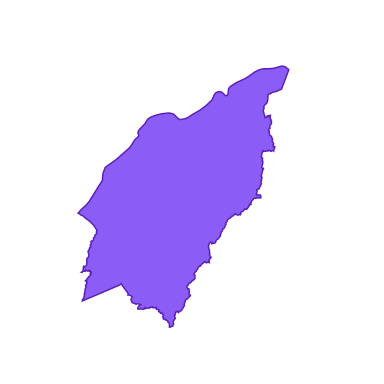 Unguía, Chocó, Colombia, rotated 226°
{"feature_id": "7082276B20687876454915", "entity_name": "Unguía", "entity_type": "district", "adm_level": 2, "iso_a3": "COL", "parent_name": "Colombia", "parent_adm1": "Chocó", "projection": "equal_earth", "projection_center": [-77.198, 8.098], "detail": "fine", "context": "isolated", "style": "filled", "palette": "violet", "viewbox_px": 384, "rotation_deg": 226, "n_neighbors": 0, "source": "geoboundaries", "source_scale": "gbopen_adm2", "svg_char_len": 5993}
<svg xmlns="http://www.w3.org/2000/svg" viewBox="0 0 384 384"><g transform="rotate(226 192 192)"><path d="M212.7,346.6L217.7,345.9L220.2,344.1L224.4,336.4L227.8,332.3L231.0,329.0L232.5,326.5L233.8,323.6L234.8,320.2L235.8,313.3L236.8,308.7L239.9,299.8L241.2,293.4L241.2,291.7L240.8,290.0L237.3,285.7L237.0,285.1L237.1,284.2L237.7,283.4L238.6,283.0L242.9,282.8L244.5,282.1L246.0,280.4L246.8,278.2L246.6,275.8L244.6,271.2L244.3,269.9L244.4,261.6L245.4,254.1L247.3,246.8L248.4,240.9L249.4,238.2L251.9,234.3L253.2,233.3L254.4,233.0L260.6,232.9L262.5,232.0L265.2,229.9L269.3,224.6L272.2,219.6L274.7,213.9L275.1,210.8L274.8,208.9L273.9,206.1L273.4,197.1L273.1,195.8L272.1,194.1L269.8,193.1L269.3,192.5L269.2,191.6L269.3,187.0L267.6,180.3L267.2,177.0L268.0,160.0L270.0,146.5L269.4,145.9L268.3,143.0L267.2,140.9L262.6,135.5L262.2,134.5L261.1,129.0L256.8,112.4L256.1,107.4L256.3,100.1L255.9,95.4L255.4,95.7L252.4,96.1L250.7,97.0L247.4,97.2L242.0,98.1L236.4,98.2L230.3,97.0L230.1,96.0L229.3,95.6L229.1,94.9L228.4,94.6L228.2,93.4L228.5,92.8L227.3,90.5L227.4,89.2L226.4,88.3L225.7,87.0L225.9,86.1L226.6,85.7L226.7,85.0L224.6,83.5L224.7,82.5L224.2,81.7L222.9,81.5L223.0,79.6L222.4,78.5L221.8,78.2L221.8,76.9L221.5,76.0L219.1,74.5L217.1,72.7L217.2,71.6L217.0,69.8L214.2,67.3L212.7,65.3L212.5,64.3L212.8,62.6L213.2,62.3L213.8,62.6L213.9,62.3L211.0,58.9L210.8,58.3L211.1,56.8L210.5,57.2L210.7,58.2L210.4,59.0L209.4,60.0L209.7,61.1L209.1,60.8L208.6,61.7L207.7,61.9L207.4,62.7L206.8,63.4L206.4,63.0L206.1,63.2L206.1,63.9L204.9,63.2L204.5,63.9L204.2,63.8L203.9,63.3L203.8,62.0L203.6,61.7L203.4,62.0L203.3,62.9L202.6,61.2L202.5,60.2L202.8,59.4L202.8,58.5L202.4,58.0L202.6,57.5L202.1,54.7L202.3,53.7L201.9,53.6L201.2,54.4L200.0,53.8L199.8,52.9L199.2,52.8L198.6,50.3L198.0,50.4L197.3,49.9L196.8,48.5L195.4,46.5L194.9,46.2L194.3,44.8L193.5,44.4L193.4,43.4L192.2,42.8L191.8,42.1L191.5,41.3L190.9,40.8L190.9,39.6L190.2,37.8L189.8,37.4L175.5,75.0L175.2,77.5L172.7,76.8L164.0,75.7L162.8,75.2L162.5,74.3L160.9,75.6L158.3,76.4L157.8,75.7L157.4,73.9L157.0,73.3L153.9,72.1L151.2,73.6L150.4,73.6L149.1,75.5L146.7,77.0L146.4,76.6L146.9,75.3L146.8,73.7L146.4,72.6L145.5,71.8L144.5,72.5L143.8,73.7L141.5,75.5L141.3,76.5L141.5,77.7L140.6,77.2L140.3,78.1L138.8,80.3L138.1,80.5L137.9,81.2L138.0,82.1L137.3,82.7L136.9,83.7L136.5,83.8L136.4,83.3L136.0,83.4L134.0,85.3L133.8,86.1L132.3,84.9L131.8,85.7L129.9,86.3L129.2,84.9L127.5,85.5L126.6,85.1L126.0,86.3L125.2,86.5L124.4,85.8L123.2,86.0L122.5,84.9L122.5,84.1L121.7,84.1L120.6,83.2L119.6,83.9L119.1,83.9L118.7,84.5L117.8,84.2L117.3,84.8L116.1,84.9L115.2,84.3L114.0,84.5L112.9,84.1L110.5,81.9L109.9,82.5L109.6,83.1L109.5,84.3L108.9,85.2L109.4,85.5L109.8,87.2L111.4,87.9L111.8,88.5L112.2,89.4L112.7,92.3L114.4,92.8L114.8,93.8L115.4,93.8L115.6,94.4L115.9,94.5L115.8,95.3L116.5,96.0L116.6,96.7L116.8,96.8L116.2,98.7L114.6,98.5L114.8,100.5L114.2,101.2L114.4,101.7L114.2,102.7L114.7,103.7L114.7,104.8L115.4,106.7L115.4,107.3L115.9,108.0L116.7,108.3L117.4,110.1L118.6,111.7L118.8,112.8L118.4,113.6L118.6,114.8L118.4,115.4L118.5,118.8L119.0,119.2L119.5,118.6L121.4,119.5L121.8,120.7L122.7,121.1L124.1,122.4L124.8,122.4L125.4,121.7L127.1,122.1L127.7,123.2L127.7,124.4L128.4,126.9L127.7,128.0L128.0,130.4L127.8,131.0L127.6,133.1L127.8,134.1L128.6,134.6L129.6,136.0L131.4,136.2L131.4,136.9L131.9,137.2L132.2,138.8L132.0,139.7L132.4,140.8L132.8,141.0L132.7,142.8L133.4,143.8L133.5,144.9L133.0,146.3L133.3,146.5L133.1,148.1L133.4,149.5L133.0,150.1L133.2,151.3L132.9,151.9L133.1,152.7L132.7,153.2L131.3,153.0L130.6,154.1L130.4,155.0L129.2,155.4L131.6,157.4L131.3,158.2L131.7,159.0L131.5,159.7L131.7,160.3L134.0,160.6L134.9,161.7L135.7,162.0L136.1,162.7L137.0,163.0L138.1,164.2L140.1,164.9L141.1,166.0L141.8,166.3L142.4,167.9L143.1,168.6L143.0,169.6L143.2,170.7L142.2,171.2L141.3,170.3L140.8,170.3L140.4,171.6L139.6,172.5L139.4,173.7L140.3,175.6L140.4,176.9L140.1,178.1L140.7,182.1L141.5,182.5L142.0,184.2L142.9,185.1L142.9,186.2L143.5,187.9L144.0,188.3L144.0,189.0L143.7,189.4L143.8,190.9L144.7,192.2L145.1,194.0L146.2,194.9L146.6,197.2L147.4,198.6L147.2,200.2L146.7,201.4L146.9,203.5L146.3,204.9L146.4,207.9L145.8,207.7L143.3,209.1L143.0,210.4L142.0,210.9L142.3,212.0L143.0,212.2L143.5,212.9L142.7,216.0L143.1,217.9L142.5,218.9L142.0,218.9L141.6,219.3L141.9,221.7L142.4,222.7L142.3,223.5L142.8,224.0L142.8,224.9L142.4,225.1L142.1,225.9L143.3,226.3L143.4,227.5L144.3,228.9L144.1,230.6L144.4,232.0L144.0,232.9L143.2,233.4L142.9,234.9L142.2,235.0L141.7,236.0L141.1,236.1L140.5,237.0L140.0,237.3L141.0,238.6L142.6,239.0L143.2,238.1L144.5,237.2L144.9,236.4L145.6,236.5L146.8,238.8L147.3,239.0L147.6,239.6L148.5,239.8L148.5,240.5L148.2,241.1L148.4,241.5L148.0,241.9L147.6,242.8L148.8,244.3L148.7,245.4L149.3,246.3L149.7,247.6L150.9,248.1L151.5,248.8L151.7,249.6L152.3,249.9L152.4,250.4L152.7,250.4L153.9,252.6L154.9,252.5L155.9,253.4L155.9,253.7L156.9,255.4L158.2,257.3L159.2,259.7L159.6,259.8L160.1,259.0L161.3,259.2L163.2,262.3L163.4,262.9L164.1,263.5L164.6,263.5L164.7,263.9L165.0,264.2L165.9,264.4L165.9,265.0L167.3,265.6L167.4,266.3L168.9,266.1L170.5,268.2L171.1,268.5L171.1,269.2L171.5,269.7L171.8,270.8L172.6,271.4L172.6,271.8L171.4,271.8L169.8,273.9L169.4,275.0L168.7,275.1L168.7,276.0L168.1,276.7L166.6,276.8L165.7,279.0L164.8,279.2L165.6,279.8L165.8,281.3L167.1,283.0L168.2,281.9L169.3,283.4L169.9,283.4L170.1,284.3L173.3,285.2L173.8,286.6L175.5,287.0L176.9,287.9L178.9,287.2L180.3,288.6L181.5,288.9L182.0,289.9L183.0,289.7L183.9,291.1L183.6,291.9L183.7,292.5L184.8,293.1L185.8,294.4L185.9,296.6L187.1,297.5L187.6,298.4L188.4,298.2L189.4,299.2L190.6,299.4L191.7,300.4L192.6,301.7L193.1,301.3L193.2,299.6L193.8,300.0L194.1,299.6L194.3,298.8L193.9,298.3L194.5,297.2L194.7,296.2L197.0,297.7L198.3,298.0L199.4,298.9L200.7,299.4L201.3,300.3L201.8,300.5L201.8,301.3L202.2,302.1L203.5,302.8L204.2,305.1L203.9,307.0L204.3,308.2L205.5,310.4L208.7,313.8L209.1,315.0L208.4,316.3L208.2,317.7L207.4,319.9L205.8,322.4L203.8,327.8L212.7,346.6Z" fill="#8b5cf6" stroke="#5b21b6" stroke-width="1.5"/></g></svg>